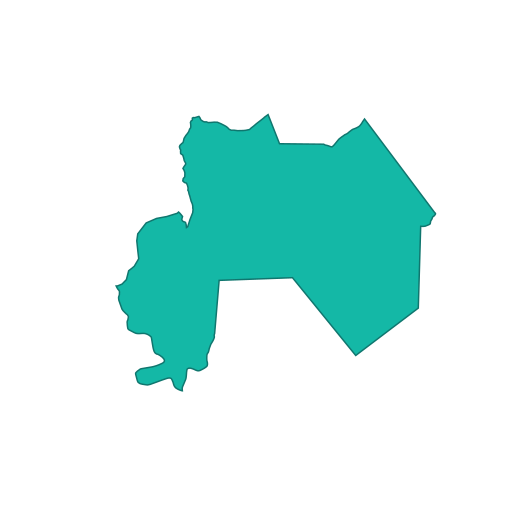 Arada, Santa Bárbara, Honduras, rotated 139°
{"feature_id": "27666195B41783757195237", "entity_name": "Arada", "entity_type": "district", "adm_level": 2, "iso_a3": "HND", "parent_name": "Honduras", "parent_adm1": "Santa Bárbara", "projection": "albers", "projection_center": [-88.298, 14.85], "detail": "fine", "context": "isolated", "style": "filled", "palette": "teal", "viewbox_px": 512, "rotation_deg": 139, "n_neighbors": 0, "source": "geoboundaries", "source_scale": "gbopen_adm2", "svg_char_len": 6077}
<svg xmlns="http://www.w3.org/2000/svg" viewBox="0 0 512 512"><g transform="rotate(139 256 256)"><path d="M154.1,354.8L158.7,355.2L159.3,355.1L161.8,355.2L169.2,355.6L172.5,355.6L175.7,355.8L177.9,355.7L181.3,357.6L183.4,359.1L187.6,362.6L190.1,365.4L192.2,367.2L193.1,369.2L193.2,371.6L193.6,373.5L194.2,375.2L195.7,378.9L197.4,382.3L199.8,384.5L202.2,386.2L204.6,388.1L205.3,389.6L207.0,391.1L207.7,392.5L208.3,394.9L207.6,397.2L207.5,398.8L211.5,400.6L212.6,401.7L213.7,401.8L214.2,400.9L215.3,400.3L216.4,400.5L217.9,399.8L218.7,398.5L220.0,396.8L221.3,395.6L222.9,395.3L223.9,394.7L225.5,393.9L227.5,393.4L229.8,393.0L233.1,392.0L235.0,390.6L236.6,389.5L238.4,389.6L240.9,389.4L242.2,388.6L243.1,386.6L243.3,385.4L244.3,384.5L245.7,382.7L245.3,381.2L245.1,380.1L246.3,377.4L247.6,375.0L248.2,372.2L248.9,371.4L251.7,370.7L253.7,370.0L254.1,367.7L255.1,365.4L257.8,362.5L260.1,362.2L262.0,360.7L261.8,358.5L260.7,356.6L261.3,354.5L262.6,351.9L264.3,350.3L264.5,349.1L265.8,346.8L266.6,344.8L269.0,339.9L269.9,337.1L271.0,335.1L272.3,333.6L273.0,332.4L275.4,330.2L278.9,328.4L282.3,326.6L284.2,325.4L286.6,324.0L288.3,322.9L289.8,323.1L288.8,324.5L288.2,325.4L287.6,326.7L287.2,327.5L287.4,328.3L288.1,329.3L288.5,330.6L288.1,332.2L287.2,332.9L285.5,334.0L285.4,336.3L285.4,338.2L285.6,340.0L287.4,339.9L291.2,341.6L297.4,344.3L306.4,349.6L317.2,353.0L330.7,350.3L336.0,345.7L341.9,337.3L346.3,330.9L354.7,328.1L361.8,328.4L369.3,323.2L375.6,322.7L380.2,324.3L381.2,325.1L381.6,323.7L381.9,322.2L382.0,321.5L382.0,321.1L382.0,320.5L382.0,320.0L382.1,319.7L382.1,319.3L382.3,318.9L382.6,318.5L383.2,317.8L383.7,317.3L384.2,316.7L384.6,316.4L385.0,316.1L386.2,315.4L386.5,315.2L386.8,315.0L387.1,314.6L387.6,314.0L388.2,313.1L388.5,312.6L388.8,311.9L391.9,304.1L392.0,303.8L392.0,303.5L392.1,302.7L392.2,302.2L392.1,300.6L392.1,299.7L392.0,298.8L391.9,297.5L391.6,296.0L391.6,295.8L391.7,295.5L391.7,295.2L391.9,294.6L392.0,294.2L392.2,293.8L392.8,293.3L394.1,292.3L394.4,292.0L395.2,291.6L395.7,291.4L396.2,291.0L396.6,290.7L397.8,289.1L398.5,288.2L399.3,287.0L400.1,285.7L400.3,285.3L400.4,284.9L400.4,284.5L400.4,284.1L400.3,283.7L400.1,283.1L398.1,278.0L397.6,277.0L397.3,276.4L397.1,276.1L396.9,275.9L396.1,275.0L395.0,274.0L394.3,273.5L392.9,272.4L392.0,271.7L391.3,271.0L390.6,270.3L390.3,269.8L389.8,269.0L389.5,268.4L389.2,267.8L388.9,267.1L388.7,266.4L388.5,265.7L388.4,264.9L388.3,264.4L388.3,263.8L388.3,263.4L388.5,263.0L389.6,261.2L392.2,257.0L393.1,255.5L393.6,254.7L394.4,253.2L394.9,252.2L395.1,251.6L395.5,250.7L395.6,250.0L395.7,249.5L395.7,248.9L395.7,248.5L395.5,248.0L395.4,247.6L395.3,247.2L395.0,246.8L394.7,246.4L394.5,246.1L394.4,245.8L394.2,245.3L393.9,244.4L393.6,243.5L393.4,242.3L393.2,241.5L393.1,240.9L393.1,240.3L393.1,239.7L393.1,239.1L393.1,238.7L393.2,238.4L393.3,237.9L393.4,237.6L393.6,237.4L393.8,237.1L394.0,236.9L394.2,236.7L394.4,236.6L394.7,236.5L395.0,236.4L395.5,236.4L396.2,236.4L396.5,236.4L396.9,236.5L397.4,236.6L399.3,237.2L400.4,237.5L403.3,238.6L404.6,239.2L406.1,239.9L407.2,240.5L415.4,245.5L416.4,246.1L416.7,246.3L417.1,246.4L417.5,246.6L418.5,246.7L420.0,246.8L420.7,246.9L421.5,246.9L422.1,246.8L422.6,246.8L423.2,246.7L423.6,246.6L423.8,246.5L423.9,246.3L424.1,246.0L424.4,245.7L425.2,244.1L426.6,241.3L427.4,239.6L427.6,238.9L427.7,238.6L427.8,238.3L427.8,238.0L427.8,237.7L427.7,237.4L427.6,237.0L427.4,236.2L427.1,235.6L426.8,235.1L425.8,233.7L424.8,232.5L423.7,231.2L422.8,230.2L422.2,229.7L421.5,229.3L421.1,229.1L419.8,228.4L418.4,227.9L414.3,226.3L408.2,224.0L403.6,222.1L402.8,221.7L402.1,221.3L401.4,220.8L400.9,220.2L400.7,220.0L400.6,219.7L400.4,219.2L400.4,218.8L400.5,218.3L400.6,217.7L401.0,216.5L401.4,215.3L401.6,214.7L402.1,213.8L402.4,213.1L402.6,212.6L402.8,212.1L402.9,211.6L403.1,210.9L403.1,210.3L403.1,209.8L403.1,209.1L402.8,208.2L402.6,207.4L402.2,206.4L401.6,205.1L401.1,204.2L400.6,203.3L400.0,202.6L399.5,203.3L398.8,204.2L398.3,204.7L397.9,205.0L397.7,205.2L397.4,205.4L393.3,207.4L389.9,209.1L389.3,209.5L388.9,209.8L388.2,210.4L386.8,211.7L384.6,213.9L383.9,214.5L383.3,215.0L382.8,215.5L382.6,215.6L382.3,215.7L381.9,215.8L381.5,215.8L381.1,215.7L380.7,215.6L380.4,215.4L380.1,215.3L379.7,214.9L379.3,214.6L379.0,214.3L378.4,213.4L377.8,212.4L377.2,211.3L376.5,209.7L376.3,209.3L376.0,208.7L375.6,208.1L375.1,207.4L374.7,207.1L374.4,206.9L373.9,206.6L373.2,206.3L371.7,205.9L370.0,205.5L368.5,205.2L367.5,205.1L367.0,205.0L366.5,205.0L366.1,205.0L365.5,205.0L365.2,205.1L364.9,205.2L364.4,205.5L363.9,205.9L363.4,206.4L363.2,206.7L362.9,207.1L362.6,207.5L362.2,208.3L361.9,208.9L361.4,209.7L361.0,210.2L360.1,211.3L358.5,213.0L358.1,213.4L357.7,213.7L357.4,213.9L357.0,214.1L356.7,214.2L356.0,214.4L355.7,214.5L355.3,214.6L354.7,214.9L353.5,215.7L352.3,216.6L351.5,217.1L350.4,217.7L348.9,218.5L348.5,218.8L347.7,219.1L347.1,219.3L345.2,219.9L344.1,220.3L342.7,220.9L341.6,221.5L341.2,221.7L340.9,221.9L340.6,222.2L340.4,222.4L339.9,223.2L339.5,223.7L339.1,224.0L338.8,224.2L338.5,224.4L338.1,224.6L299.8,261.8L242.7,215.7L246.0,115.5L167.7,110.2L112.2,170.4L111.4,169.6L110.6,168.8L109.6,168.1L108.5,167.4L108.2,167.3L106.7,166.8L105.3,166.3L104.5,166.1L103.9,166.0L103.6,166.0L103.3,166.1L101.2,167.8L99.8,168.2L98.7,168.6L98.3,168.9L97.8,169.2L97.5,169.4L97.4,169.4L97.1,169.5L96.5,169.5L95.9,169.5L95.2,169.4L94.9,169.4L93.8,169.7L93.2,169.9L92.9,170.0L92.7,170.3L92.6,170.6L92.6,170.9L92.6,171.2L92.7,171.5L84.2,288.2L87.4,287.4L88.8,286.9L90.4,286.5L91.5,286.3L92.1,286.2L92.6,286.2L93.2,286.2L93.9,286.3L95.4,286.6L96.1,286.8L96.8,287.0L97.7,287.3L99.3,287.9L99.8,288.1L100.3,288.2L101.0,288.3L102.5,288.4L104.2,288.5L106.0,288.5L106.9,288.6L107.7,288.7L108.8,289.1L109.7,289.3L111.1,289.4L112.8,289.6L114.1,289.7L116.0,289.8L116.8,289.8L118.1,289.6L122.7,288.8L124.6,288.5L125.4,288.5L126.2,288.4L126.7,288.5L126.9,288.5L127.1,288.6L127.3,288.8L127.6,289.1L128.2,290.0L128.7,291.0L129.3,292.0L129.6,292.5L129.8,292.8L130.4,293.6L130.9,294.2L131.0,294.5L131.2,294.9L131.4,295.4L131.5,295.9L164.6,325.3L154.1,354.8Z" fill="#14b8a6" stroke="#0f766e" stroke-width="1.5"/></g></svg>